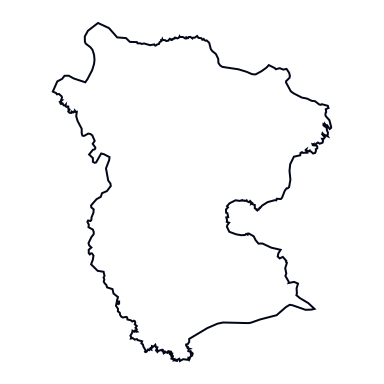 the district of Mueang Kalasin, Kalasin, Thailand
{"feature_id": "78962969B94633890836153", "entity_name": "Mueang Kalasin", "entity_type": "district", "adm_level": 2, "iso_a3": "THA", "parent_name": "Thailand", "parent_adm1": "Kalasin", "projection": "orthographic", "projection_center": [103.542, 16.504], "detail": "fine", "context": "isolated", "style": "outline", "palette": "ink", "viewbox_px": 384, "rotation_deg": 0, "n_neighbors": 0, "source": "geoboundaries", "source_scale": "gbopen_adm2", "svg_char_len": 5917}
<svg xmlns="http://www.w3.org/2000/svg" viewBox="0 0 384 384"><path d="M326.8,128.4L325.6,126.6L324.7,126.5L323.4,125.2L323.5,124.2L325.0,125.3L325.0,124.1L326.1,125.4L327.0,125.2L329.7,129.0L330.9,128.1L331.2,127.1L329.4,120.2L325.9,116.3L325.4,115.1L325.6,112.9L326.2,112.1L325.8,109.2L328.5,108.0L327.8,105.8L321.8,104.2L320.8,104.8L319.3,104.5L315.0,101.2L311.6,100.8L307.1,98.6L301.9,97.6L293.7,93.4L290.8,91.3L286.0,82.4L286.1,81.2L289.5,77.8L289.9,75.9L289.1,72.7L286.5,68.9L283.4,69.6L279.8,68.2L275.8,69.2L274.8,68.1L268.8,65.1L266.4,67.7L261.5,71.2L255.8,74.3L254.1,74.4L251.9,74.1L246.6,71.8L238.4,69.3L222.4,66.9L220.1,65.4L218.4,62.8L218.2,58.8L215.9,54.0L212.3,51.1L210.8,49.1L209.2,42.8L206.6,40.4L205.5,40.7L204.2,40.0L203.7,39.0L202.3,39.7L201.4,38.2L198.5,37.9L197.1,36.0L194.8,37.6L192.4,37.8L192.3,38.3L190.3,36.9L188.9,37.0L188.1,38.0L186.5,37.3L186.5,38.4L185.4,38.5L182.9,37.0L179.7,37.0L179.5,36.5L178.9,37.7L177.4,38.4L175.3,37.6L174.8,38.3L174.4,38.0L173.7,38.8L171.5,39.3L171.8,39.9L171.3,40.0L169.8,38.8L168.2,40.7L166.2,41.0L165.2,40.2L162.6,40.0L162.3,39.2L161.9,40.3L161.1,40.2L161.1,41.3L159.6,42.2L158.9,44.0L157.2,44.4L155.6,45.6L154.8,45.4L154.2,44.4L150.1,45.2L144.2,43.5L141.5,43.9L140.3,43.3L137.5,43.3L136.9,42.1L129.9,41.9L126.0,38.1L117.2,37.4L109.0,28.1L98.0,23.0L87.9,30.8L84.8,36.5L84.9,41.7L85.7,43.6L90.5,47.3L92.5,49.9L94.1,55.0L94.5,60.0L94.0,64.2L92.1,70.3L87.5,79.1L85.3,82.3L73.8,78.5L68.7,75.7L64.5,75.8L62.1,78.9L57.3,81.4L52.8,91.6L56.2,93.1L56.9,94.3L59.0,94.0L61.6,96.3L62.0,97.5L61.2,99.9L62.1,100.1L60.0,101.8L60.9,102.3L60.4,103.1L61.0,104.0L62.6,103.4L63.6,105.3L65.0,105.5L65.7,104.7L65.5,106.1L66.4,106.8L67.9,107.2L67.5,106.5L68.2,106.5L68.5,109.6L69.3,109.7L68.3,111.6L69.6,112.8L71.3,112.9L71.5,111.9L72.0,112.5L72.7,111.9L73.4,112.3L73.8,111.6L75.3,112.0L75.2,111.0L76.0,111.9L76.8,111.8L76.2,116.2L77.6,121.0L81.7,128.8L81.7,133.2L82.4,135.6L84.1,135.9L88.2,133.6L90.5,134.0L92.3,135.4L94.7,140.9L92.7,143.9L95.3,147.4L95.3,148.3L94.7,149.3L92.8,149.9L89.1,154.5L92.9,158.1L92.9,161.8L94.7,162.8L96.1,162.4L101.2,153.5L103.9,154.2L109.5,157.1L109.2,160.0L106.0,168.4L108.2,180.5L110.4,183.5L110.8,186.0L106.9,191.1L102.0,193.2L100.8,196.8L96.5,199.2L91.1,205.4L91.3,207.4L93.7,209.4L93.4,212.8L91.6,217.2L91.3,220.0L90.5,221.0L88.1,220.5L87.4,221.9L88.8,224.6L88.5,227.2L92.9,229.6L93.8,232.2L93.6,234.3L91.4,237.1L88.5,243.1L89.2,245.4L91.4,247.5L88.7,249.8L88.8,253.3L89.8,254.4L90.8,253.4L91.9,253.4L93.5,255.5L92.8,259.8L91.1,264.3L97.6,270.8L103.6,271.8L104.5,275.9L103.6,277.5L104.3,279.6L103.7,281.5L104.6,283.2L106.4,285.1L107.1,287.4L112.5,289.1L113.5,293.5L118.0,297.1L116.8,301.1L117.3,301.6L119.1,301.5L119.1,303.6L118.6,304.1L116.5,303.3L116.0,305.8L118.0,308.8L117.9,311.4L119.7,312.6L120.1,314.8L121.2,316.6L122.9,317.5L126.3,316.9L127.1,317.4L127.5,319.5L130.9,320.3L132.3,321.5L133.9,320.7L134.9,321.3L135.3,322.8L134.8,324.3L136.8,326.0L135.5,327.8L136.8,329.3L135.9,330.5L137.2,331.6L136.2,331.8L135.0,330.6L134.2,331.7L132.5,330.7L132.2,332.7L130.4,335.7L131.3,337.2L130.9,338.5L132.7,338.1L134.8,339.6L136.9,339.1L137.7,340.1L142.1,341.3L141.4,343.4L142.9,344.5L143.4,346.6L145.7,350.6L145.0,351.7L145.5,352.1L146.7,351.6L147.9,349.6L149.1,350.1L149.5,349.1L151.3,349.7L150.8,347.8L152.1,347.6L152.0,346.1L153.6,346.6L155.3,344.8L156.1,347.3L157.3,347.4L156.8,348.6L157.4,350.2L156.3,349.9L156.0,350.3L157.4,352.0L158.3,350.9L162.3,349.7L162.8,349.9L162.6,351.2L164.2,351.4L163.5,352.5L163.7,353.3L165.8,352.1L167.3,352.8L167.9,351.6L168.6,351.8L169.5,353.4L170.9,352.7L170.0,351.5L171.0,351.7L171.6,352.9L170.4,354.5L171.0,355.1L171.9,354.6L171.5,355.9L172.9,356.1L172.7,357.4L171.7,357.7L171.4,358.6L173.3,359.3L174.3,359.1L173.8,360.4L176.4,359.9L176.1,360.7L177.0,360.9L177.4,359.8L179.3,358.8L179.9,361.0L183.2,359.2L187.8,359.8L188.2,358.5L189.1,359.9L189.8,358.5L189.5,357.5L192.2,355.5L192.7,353.4L191.7,352.5L190.8,353.6L190.5,351.2L189.8,351.6L188.3,351.1L188.7,349.0L189.6,348.7L187.7,348.1L187.9,347.0L186.8,346.7L186.0,345.0L186.2,344.4L187.6,344.3L189.2,341.9L189.2,338.9L207.3,328.1L217.4,323.7L223.0,322.5L248.3,323.1L250.9,322.7L260.3,319.4L276.6,315.2L285.9,307.1L289.7,304.8L292.6,305.3L305.5,309.8L311.4,309.6L314.5,308.9L308.3,303.1L299.9,298.1L296.4,295.2L296.9,293.5L296.6,288.3L298.0,283.6L294.1,281.9L288.6,283.0L288.9,282.3L288.3,281.0L285.4,275.9L286.3,273.4L285.2,268.3L286.9,262.8L286.0,261.8L286.3,260.9L282.8,256.9L279.7,258.4L277.7,256.5L278.4,253.3L280.6,249.8L271.4,247.7L262.4,243.5L258.5,243.6L255.7,240.3L253.7,236.3L249.0,233.6L248.1,233.5L247.7,234.7L246.2,233.9L245.0,235.0L241.2,235.2L236.1,234.3L229.3,231.8L226.9,226.7L227.4,225.0L229.1,222.7L226.8,221.9L227.1,220.4L226.3,217.4L228.2,217.2L227.4,213.2L226.1,212.7L226.0,209.5L228.0,207.3L227.0,206.2L229.5,203.3L235.5,200.3L239.9,200.9L242.1,200.1L242.3,200.7L244.1,200.5L245.0,201.0L246.6,200.3L247.2,201.4L249.0,202.2L250.1,201.0L251.2,202.2L251.1,203.1L251.6,202.5L252.4,203.1L252.2,204.1L254.8,205.0L254.8,208.3L257.0,209.6L256.7,210.0L257.2,210.4L257.7,209.5L258.6,209.7L259.6,207.8L260.1,208.0L262.1,205.6L267.6,202.1L274.7,200.2L276.3,200.3L276.7,198.8L280.9,199.0L282.0,197.8L284.8,190.7L286.6,188.3L287.6,188.4L289.1,187.1L290.4,179.6L289.5,170.8L290.2,164.2L293.9,156.7L300.2,155.3L300.5,153.0L301.9,152.2L302.3,152.8L307.5,152.7L307.5,151.8L305.7,150.4L305.7,149.8L306.4,149.3L306.1,150.1L306.7,150.9L308.5,151.2L309.5,150.6L309.5,151.2L310.7,151.3L313.1,153.5L315.2,152.9L315.9,151.0L315.8,149.2L317.2,148.4L317.3,146.6L316.6,145.6L314.0,145.4L313.5,145.0L313.4,144.8L312.9,145.0L312.8,144.8L313.0,144.4L312.6,144.6L312.5,144.2L313.1,144.4L314.0,145.3L317.9,142.5L319.7,143.7L322.5,142.7L323.1,140.9L322.1,138.8L323.6,138.9L324.9,137.3L322.3,134.4L322.9,133.9L322.4,133.6L322.5,133.3L323.5,134.5L327.9,136.4L327.2,135.1L327.8,134.4L327.9,132.4L326.9,130.3L326.8,128.4Z" fill="none" stroke="#020617" stroke-width="2"/></svg>